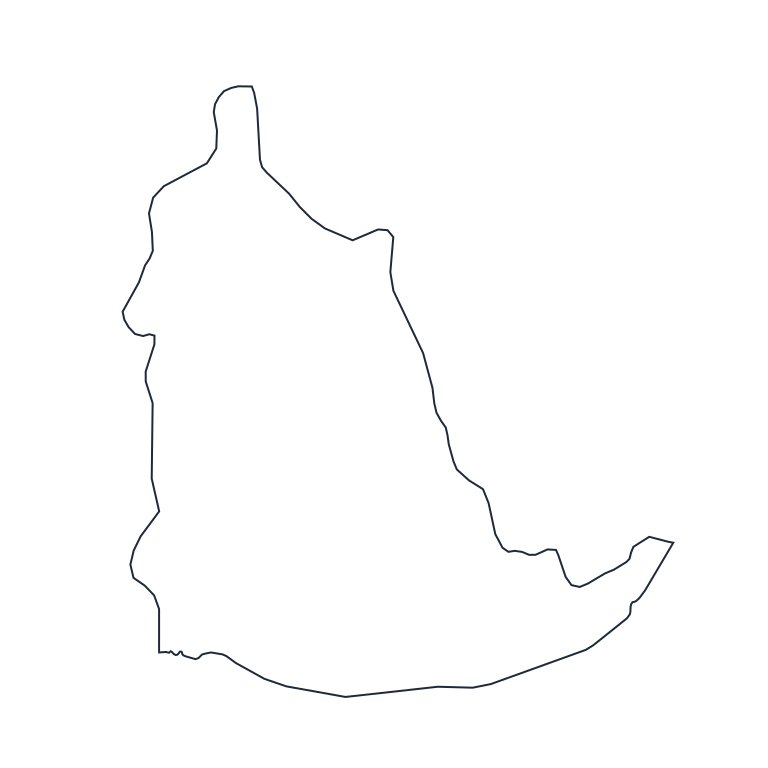 an SVG outline of Yobe, rotated 174°
{"feature_id": "NGA-2873", "entity_name": "Yobe", "entity_type": "State", "adm_level": 1, "iso_a3": "NGA", "parent_name": "Nigeria", "parent_adm1": "", "projection": "natural_earth1", "projection_center": [11.324, 11.986], "detail": "fine", "context": "isolated", "style": "outline", "palette": "slate", "viewbox_px": 768, "rotation_deg": 174, "n_neighbors": 0, "source": "natural_earth", "source_scale": "10m", "svg_char_len": 1778}
<svg xmlns="http://www.w3.org/2000/svg" viewBox="0 0 768 768"><g transform="rotate(174 384 384)"><path d="M327.5,72.7L362.2,77.3L455.1,76.8L512.7,93.5L533.8,103.3L560.4,121.9L569.2,129.9L572.9,132.0L584.1,135.1L590.5,134.5L593.2,134.0L597.2,130.8L600.3,130.1L610.0,134.0L612.1,135.3L612.9,136.8L613.0,138.1L613.3,138.9L614.8,139.2L615.5,138.7L616.4,137.5L617.6,136.5L619.4,136.2L621.3,137.4L622.7,139.4L624.1,140.5L625.9,139.2L629.0,140.3L635.7,140.5L635.7,141.0L631.2,183.7L634.7,197.8L643.1,208.6L653.4,217.4L655.1,231.0L650.3,244.6L641.9,258.0L620.9,280.8L624.9,314.2L616.1,389.2L620.7,411.4L619.7,421.3L608.2,447.4L607.2,456.1L612.2,458.0L618.6,456.9L626.4,459.8L632.0,467.2L635.5,475.0L636.4,483.2L617.1,510.7L609.2,527.0L604.0,533.3L600.0,540.6L598.9,559.4L599.9,578.2L594.1,593.5L582.2,603.8L537.1,622.0L526.2,635.7L523.6,653.5L524.9,672.2L522.8,679.9L518.3,686.6L512.5,692.0L505.1,694.4L497.9,695.3L484.4,693.7L482.7,687.1L481.4,671.1L483.9,620.0L482.6,612.4L478.5,606.5L458.5,583.2L449.2,568.8L438.7,555.8L426.5,544.9L400.2,530.2L373.7,538.3L364.4,536.6L359.4,529.1L366.0,494.6L364.9,475.7L341.9,410.7L336.2,375.1L336.0,359.5L334.8,349.9L331.1,341.3L327.1,334.2L326.2,326.4L325.9,317.4L323.0,299.8L320.5,291.4L309.5,279.2L296.5,269.0L292.4,254.5L289.0,223.0L283.2,208.7L277.8,204.1L271.4,204.4L264.3,202.6L257.4,198.9L251.2,198.3L238.6,202.4L230.3,201.0L228.5,195.4L223.5,173.1L218.6,164.4L210.6,161.7L202.1,164.2L184.1,172.5L174.8,175.3L161.6,181.6L158.1,184.5L155.9,190.5L153.0,196.0L136.2,204.3L118.1,197.5L112.9,195.9L145.8,151.6L152.2,144.6L155.8,141.9L157.9,141.1L158.8,141.2L159.6,141.1L161.1,139.3L162.0,137.0L162.8,131.6L163.6,129.2L167.0,125.5L203.2,102.3L211.1,98.5L303.9,75.7L309.1,74.4L327.5,72.7Z" fill="none" stroke="#1e293b" stroke-width="2"/></g></svg>